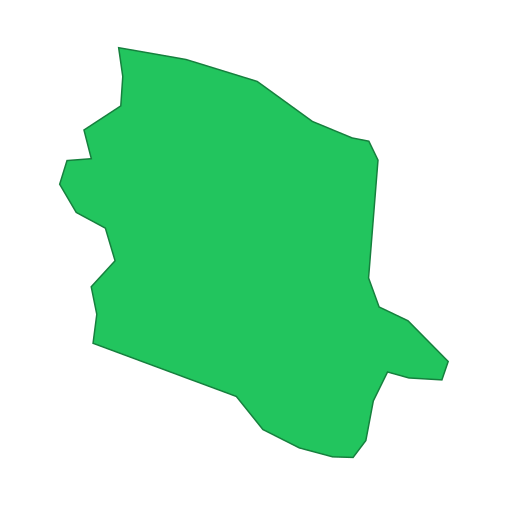 Bakay-Ata, Talas, Kyrgyzstan (Natural Earth projection), rotated 7°
{"feature_id": "92254566B8292928272806", "entity_name": "Bakay-Ata", "entity_type": "district", "adm_level": 2, "iso_a3": "KGZ", "parent_name": "Kyrgyzstan", "parent_adm1": "Talas", "projection": "natural_earth1", "projection_center": [71.964, 42.346], "detail": "fine", "context": "isolated", "style": "filled", "palette": "green", "viewbox_px": 512, "rotation_deg": 7, "n_neighbors": 0, "source": "geoboundaries", "source_scale": "gbopen_adm2", "svg_char_len": 566}
<svg xmlns="http://www.w3.org/2000/svg" viewBox="0 0 512 512"><g transform="rotate(7 256 256)"><path d="M354.0,128.3L337.0,127.1L295.6,115.6L235.9,82.6L162.6,69.5L94.3,66.0L101.9,94.1L103.5,123.5L69.9,151.9L80.7,179.5L56.8,184.3L52.4,208.7L72.3,234.7L103.1,246.7L116.7,277.9L96.2,306.6L105.1,333.3L104.9,362.5L253.6,397.8L284.0,427.4L322.4,441.2L356.5,446.0L376.9,444.1L387.5,425.8L390.1,385.5L400.7,355.1L422.6,358.4L455.6,356.3L459.6,337.3L414.8,301.8L384.4,291.6L370.4,264.1L365.4,146.0L354.0,128.3Z" fill="#22c55e" stroke="#15803d" stroke-width="1.5"/></g></svg>